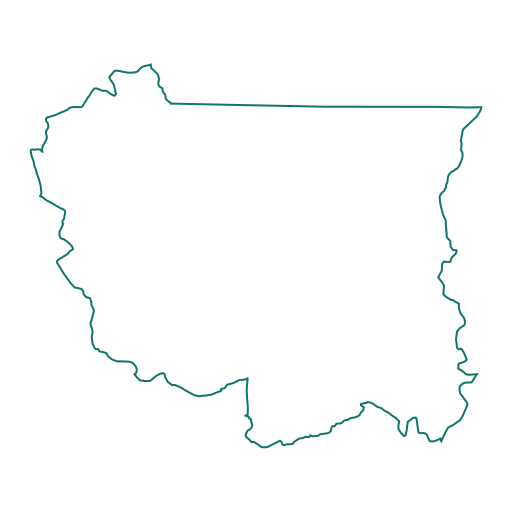 the district of Lubao, Kasaï-Oriental, Democratic Republic of the Congo
{"feature_id": "63176286B12881144084902", "entity_name": "Lubao", "entity_type": "district", "adm_level": 2, "iso_a3": "COD", "parent_name": "Democratic Republic of the Congo", "parent_adm1": "Kasaï-Oriental", "projection": "albers", "projection_center": [25.343, -5.578], "detail": "fine", "context": "isolated", "style": "outline", "palette": "teal", "viewbox_px": 512, "rotation_deg": 0, "n_neighbors": 0, "source": "geoboundaries", "source_scale": "gbopen_adm2", "svg_char_len": 5905}
<svg xmlns="http://www.w3.org/2000/svg" viewBox="0 0 512 512"><path d="M458.9,303.6L454.6,301.4L452.7,299.9L451.0,300.0L445.2,296.2L443.3,294.0L443.6,290.4L444.1,285.5L442.6,283.2L438.2,277.3L439.4,275.1L441.8,270.7L441.9,267.8L442.2,263.9L443.6,261.7L444.6,261.6L446.7,261.9L449.5,262.1L450.4,261.6L450.8,260.1L451.9,257.4L453.2,256.1L455.8,253.7L456.7,251.2L456.2,250.1L453.0,250.0L450.6,246.6L450.3,241.1L446.8,237.3L446.7,234.4L446.2,228.6L445.8,224.5L445.8,220.6L443.2,215.1L441.9,210.5L440.4,204.1L439.6,197.1L440.2,195.2L441.6,193.0L444.2,190.9L444.8,189.0L446.1,187.5L446.1,185.3L447.4,181.9L448.1,176.6L449.2,174.2L451.5,171.9L454.2,170.6L455.2,169.4L457.0,168.7L458.4,167.1L460.8,162.3L462.1,158.5L462.6,155.6L462.4,152.8L461.0,149.9L461.7,143.5L461.0,142.2L460.9,140.6L462.6,131.0L463.6,128.9L476.8,116.5L479.9,111.6L481.0,109.0L481.3,107.2L469.6,107.5L437.5,106.9L324.1,106.7L238.4,105.0L211.1,104.4L170.7,103.6L170.6,102.8L168.5,101.5L165.7,98.7L165.2,94.8L162.9,91.9L162.4,88.2L160.2,87.1L158.8,85.6L158.2,83.4L159.2,78.9L157.8,74.6L156.3,72.8L151.5,68.4L151.0,67.1L150.8,64.6L149.5,65.1L147.9,65.4L145.1,66.0L143.0,66.6L141.8,67.2L141.2,67.7L139.2,69.6L137.9,71.2L136.4,71.9L134.5,72.4L131.3,72.7L128.1,72.7L124.1,72.0L122.1,71.6L120.0,71.1L118.4,70.9L117.2,70.6L115.5,70.7L114.2,71.3L113.0,72.6L112.0,73.9L110.9,75.2L110.2,76.1L109.5,76.9L109.3,77.3L109.9,78.6L110.4,79.8L111.3,80.8L112.3,82.5L113.4,83.9L113.9,85.1L114.5,87.9L115.1,90.1L115.3,91.1L115.4,92.2L116.0,93.6L115.0,95.5L114.0,95.6L112.1,94.8L110.8,94.0L108.8,92.6L107.3,91.4L105.0,90.7L103.5,90.8L102.5,90.8L101.3,90.3L98.2,89.0L96.2,88.4L94.4,88.6L93.6,89.5L92.5,90.5L90.5,93.7L89.5,95.6L87.9,97.5L87.0,98.9L86.4,100.2L85.7,101.2L85.0,102.1L82.5,106.3L81.3,107.1L80.2,107.2L78.6,107.1L75.9,107.0L74.6,107.1L73.6,107.1L71.5,107.2L69.2,108.2L67.5,109.8L65.4,110.5L64.3,111.3L62.0,112.1L60.0,112.9L55.8,114.9L52.7,115.9L50.8,116.3L49.5,117.0L47.1,117.4L45.9,118.7L46.0,120.1L46.4,121.4L47.4,122.7L48.0,123.7L48.1,124.9L48.3,126.1L48.3,127.1L47.9,128.2L47.4,129.1L46.6,130.2L45.9,131.8L46.0,133.7L46.3,134.6L46.7,136.0L46.9,138.1L46.1,140.0L45.2,141.7L44.3,143.3L43.5,144.9L42.9,146.0L42.5,147.5L42.1,149.0L42.0,150.5L42.3,151.6L41.9,151.5L40.6,149.7L36.9,149.3L34.8,149.7L32.4,149.5L31.2,149.7L30.7,150.6L30.9,151.9L31.0,153.2L31.3,154.9L32.0,157.2L32.7,159.0L33.8,161.8L33.9,163.3L34.1,165.0L35.4,168.5L36.2,170.9L36.7,173.2L37.6,175.8L38.5,177.7L40.4,184.8L40.8,186.7L40.9,189.1L41.4,192.0L41.2,194.0L40.2,196.2L42.7,197.2L45.6,199.7L47.9,201.1L51.3,202.9L56.9,206.1L60.3,208.1L63.3,209.3L64.6,210.4L65.1,211.4L65.1,212.6L64.9,213.8L64.4,216.2L63.9,219.1L62.8,220.4L62.4,221.3L62.5,222.1L62.7,222.9L62.8,223.8L63.1,223.9L61.6,227.6L59.9,230.9L59.4,232.6L59.4,234.9L60.4,237.7L62.2,239.0L63.7,239.1L65.3,240.3L66.7,241.2L68.1,242.4L71.7,246.0L72.9,248.3L72.9,249.2L71.2,250.5L69.8,251.0L68.9,252.5L68.0,253.5L66.8,254.6L63.5,256.5L58.0,260.0L57.1,261.0L56.9,262.2L57.9,264.1L58.8,265.6L60.5,268.1L62.7,271.9L64.7,275.1L66.5,277.3L70.5,283.0L74.6,287.5L78.3,288.2L81.4,289.0L82.5,290.1L83.4,291.8L83.5,294.1L86.1,297.1L90.0,298.2L91.3,301.9L91.4,304.9L94.0,310.2L91.7,319.9L90.7,321.8L90.5,324.1L92.4,330.2L92.6,332.7L91.7,336.8L92.6,343.7L94.3,347.5L95.2,348.8L96.1,349.2L97.7,349.0L98.3,349.3L98.9,350.8L100.0,351.5L103.4,352.2L106.0,353.0L108.3,356.4L111.2,358.9L113.1,359.9L117.2,361.3L121.6,361.4L124.8,361.5L129.5,361.7L132.0,362.5L133.6,363.8L135.8,366.5L136.6,368.5L136.7,371.2L135.8,373.4L134.5,374.3L136.9,377.4L138.3,378.4L139.1,379.8L140.5,380.5L142.6,380.7L146.3,381.1L149.5,381.0L151.2,380.3L153.3,378.2L155.7,376.3L159.5,374.0L162.1,373.2L164.5,373.7L165.2,377.2L167.7,381.8L172.2,385.2L174.9,384.9L176.4,385.6L179.0,386.7L182.1,388.2L184.5,389.8L188.3,392.0L191.0,393.4L195.0,395.4L199.5,396.3L202.6,395.6L204.0,395.8L211.3,394.7L218.1,391.9L220.7,391.2L221.4,390.3L220.9,389.4L221.9,388.8L224.5,388.3L227.1,384.8L228.3,384.3L229.3,384.3L229.6,384.0L233.2,383.1L239.3,380.1L242.1,379.9L245.9,379.3L247.5,378.4L247.6,379.4L247.0,384.7L246.7,390.6L247.1,398.4L247.8,406.8L247.8,414.1L245.7,415.7L248.7,416.6L248.6,417.5L249.2,418.4L250.5,418.8L251.1,419.5L251.1,421.7L252.4,425.2L251.4,427.6L250.1,429.3L247.7,430.5L246.5,432.7L245.6,435.6L246.0,436.6L250.8,441.1L251.5,442.2L253.3,441.9L254.1,442.0L254.7,442.4L261.6,447.1L264.8,447.4L267.9,446.8L276.8,442.3L279.9,440.7L281.5,441.9L282.3,444.5L284.3,445.2L286.2,444.5L292.7,443.9L294.1,441.8L299.0,438.7L303.6,437.7L305.7,436.8L308.5,437.1L309.3,436.8L310.5,435.3L312.3,436.3L318.2,435.8L320.0,434.3L327.1,433.3L329.7,432.3L330.7,431.1L331.7,427.2L332.3,426.2L333.0,426.3L334.4,426.2L335.4,425.6L336.1,424.1L337.0,423.6L340.2,423.5L341.8,422.8L343.8,420.8L344.8,420.4L348.1,419.7L350.2,418.2L354.5,417.5L358.0,416.2L359.5,415.1L361.1,412.2L363.2,410.4L363.8,407.2L361.0,405.3L360.8,404.6L361.1,403.9L366.9,402.7L367.7,402.0L370.4,402.6L372.3,403.3L374.9,405.1L377.1,406.8L379.8,407.6L381.5,408.3L384.4,410.6L388.8,412.9L392.4,415.8L395.9,417.9L397.3,419.6L399.2,421.3L398.4,425.3L398.4,428.7L399.6,430.8L401.2,433.2L404.0,436.0L405.6,435.4L406.9,429.2L407.1,426.3L407.9,421.5L410.1,420.3L412.9,417.9L415.7,417.6L416.6,419.2L418.3,431.6L418.6,432.6L420.8,433.2L423.3,433.0L425.6,433.6L426.9,434.8L428.2,438.2L429.9,441.3L433.2,441.4L435.3,440.8L438.4,439.6L440.3,438.6L441.3,441.1L445.7,431.9L448.2,427.5L453.4,424.8L460.2,420.0L463.1,415.0L466.0,408.3L467.3,404.8L467.3,403.1L462.3,396.2L460.4,393.7L459.5,390.1L459.6,386.9L461.4,384.6L464.1,382.9L467.9,382.5L471.6,382.4L476.9,374.2L468.6,374.8L466.0,374.2L463.4,371.9L459.2,369.0L458.3,368.8L458.3,364.7L459.2,363.4L463.5,362.1L465.9,360.8L466.7,359.7L464.3,353.4L462.1,349.8L461.0,348.7L458.7,349.4L457.1,347.8L456.0,339.1L457.0,331.7L459.5,328.4L464.2,325.3L465.0,323.2L464.7,319.9L463.6,317.3L462.1,315.4L460.1,312.6L458.9,307.8L458.9,305.5L458.9,303.6Z" fill="none" stroke="#0f766e" stroke-width="2"/></svg>